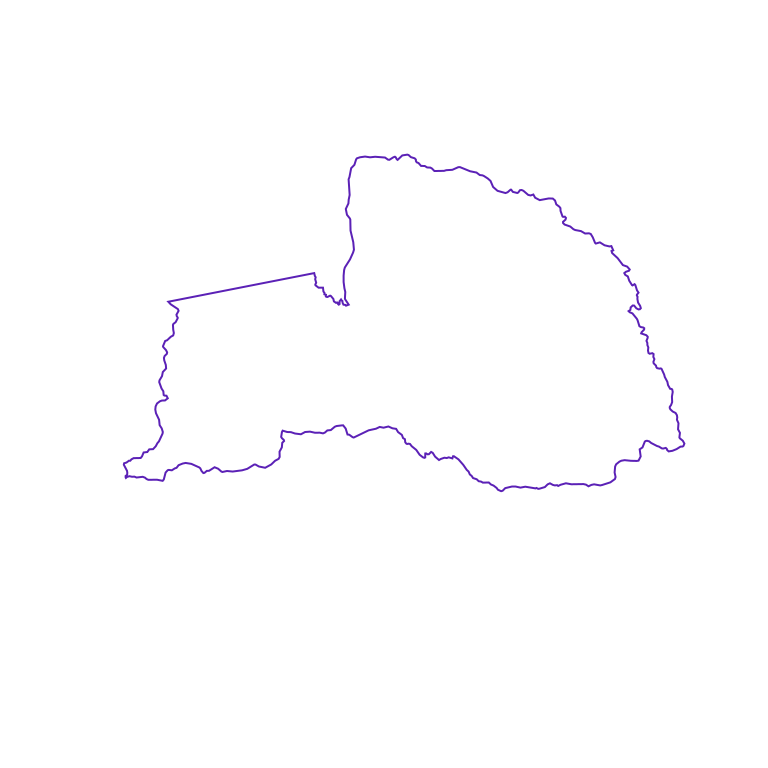 outline of San Luis, Antioquia, Colombia, rotated 149°
{"feature_id": "7082276B26769987150825", "entity_name": "San Luis", "entity_type": "district", "adm_level": 2, "iso_a3": "COL", "parent_name": "Colombia", "parent_adm1": "Antioquia", "projection": "robinson", "projection_center": [-74.956, 6.021], "detail": "fine", "context": "isolated", "style": "outline", "palette": "violet", "viewbox_px": 768, "rotation_deg": 149, "n_neighbors": 0, "source": "geoboundaries", "source_scale": "gbopen_adm2", "svg_char_len": 6166}
<svg xmlns="http://www.w3.org/2000/svg" viewBox="0 0 768 768"><g transform="rotate(149 384 384)"><path d="M143.2,423.0L147.1,427.7L147.6,429.8L147.0,430.8L143.8,431.4L142.5,432.6L142.8,434.3L144.4,435.0L144.7,435.7L143.5,441.5L142.2,443.9L142.4,445.7L143.8,449.2L142.9,453.2L143.8,456.0L147.2,458.2L155.8,461.4L158.5,465.8L158.4,469.5L161.2,470.1L163.0,471.8L165.0,477.8L166.1,479.4L167.6,480.1L170.3,479.0L171.4,479.1L174.6,482.3L174.9,485.1L175.4,485.4L179.3,484.7L181.5,485.1L187.2,491.1L189.0,496.7L188.1,503.2L189.2,506.7L191.2,510.8L192.1,512.1L194.3,513.8L195.8,517.6L200.6,522.0L207.2,530.8L208.7,531.6L215.1,532.4L220.5,535.2L222.8,535.8L231.1,540.6L231.9,544.0L232.8,545.6L235.5,547.4L236.8,549.9L239.9,551.8L240.6,555.6L241.8,557.2L241.8,558.7L241.1,560.0L241.5,561.7L244.1,564.6L245.0,567.6L245.9,568.6L250.6,570.5L256.9,569.1L257.3,570.0L257.2,572.2L257.6,573.2L259.1,573.5L263.9,573.4L265.0,574.2L266.5,577.6L274.5,583.3L279.2,585.5L283.1,588.7L287.8,590.7L290.9,591.4L292.2,590.9L296.5,587.1L301.0,585.9L307.0,579.2L308.9,577.7L316.1,563.7L319.4,560.1L321.5,557.1L326.6,553.7L328.6,548.1L328.0,543.5L328.2,542.3L333.7,532.7L337.3,521.4L340.6,514.6L342.8,512.6L349.0,508.3L357.6,504.0L359.5,502.2L362.8,497.7L366.1,492.2L368.6,486.5L369.8,482.8L373.4,477.5L373.7,476.6L373.4,470.2L376.2,470.7L376.3,471.6L377.9,472.9L377.7,474.8L376.9,476.7L377.3,477.3L377.3,478.6L379.5,477.8L380.9,475.4L381.9,475.3L382.2,476.1L381.9,477.6L382.2,478.1L383.3,478.2L384.4,480.6L383.6,483.0L384.2,486.8L384.7,487.5L387.6,487.7L388.6,488.5L388.7,489.3L387.8,490.4L388.9,491.6L388.1,492.7L388.3,494.4L386.7,498.0L390.5,500.3L391.9,503.9L391.6,504.7L390.0,505.7L389.0,509.3L387.6,510.7L387.6,512.3L386.7,515.0L526.5,565.6L525.8,562.2L522.1,554.4L522.4,552.5L526.2,550.3L526.7,548.8L526.6,547.2L527.0,546.6L530.8,544.3L533.5,544.0L534.5,543.3L536.7,539.1L537.9,535.9L539.7,534.2L542.4,534.3L547.5,533.2L549.4,533.6L554.0,530.2L554.2,529.3L553.4,525.3L553.6,522.8L554.6,521.7L557.6,521.0L559.2,519.7L560.2,517.4L561.2,512.7L562.8,509.5L567.4,508.2L570.2,505.1L574.5,502.8L575.7,501.4L577.0,494.7L576.9,491.4L578.5,488.1L578.2,487.2L576.5,486.0L576.7,483.1L580.2,482.7L582.9,484.2L584.9,484.6L588.6,484.2L591.3,482.4L593.2,479.9L594.5,476.4L595.2,469.2L597.5,464.3L597.4,460.4L598.3,456.8L599.4,455.5L606.5,450.7L608.7,450.0L611.7,448.2L615.5,447.1L618.9,448.9L621.9,447.6L625.3,449.1L628.7,446.6L630.7,445.9L636.8,449.4L639.3,449.5L641.0,448.9L642.1,449.6L645.2,449.3L647.6,449.9L648.6,448.8L649.0,441.9L649.7,440.2L650.9,438.5L652.9,438.2L653.6,436.9L653.6,436.4L652.2,436.7L649.7,436.1L647.8,434.3L645.6,433.1L644.3,431.3L638.6,428.7L637.1,426.8L636.5,424.9L635.4,423.3L627.8,418.8L623.6,415.0L621.9,415.6L616.8,420.6L613.8,421.5L612.7,421.2L610.3,419.3L606.8,419.4L605.0,419.0L601.9,420.2L597.5,419.5L594.7,418.5L590.3,414.8L585.3,407.6L584.9,406.3L585.2,403.5L584.7,400.7L583.6,400.3L580.6,400.8L578.7,399.7L572.1,399.9L569.8,396.8L568.5,392.7L567.8,391.8L563.4,390.3L558.8,386.9L550.1,383.1L544.9,381.7L536.7,381.8L535.6,381.1L533.7,377.7L529.0,373.4L522.1,373.1L516.9,374.3L512.9,374.1L511.0,375.2L508.4,379.8L504.2,382.3L501.5,386.0L499.0,386.6L498.7,387.7L499.4,390.1L499.4,391.6L496.2,395.4L494.9,396.2L491.7,392.7L488.6,390.7L485.8,387.4L481.1,383.7L476.4,383.5L472.0,381.3L468.2,377.7L464.2,375.4L461.7,373.1L459.7,372.8L456.5,373.4L453.3,371.9L448.2,372.7L446.3,372.4L441.6,370.3L440.3,369.6L439.8,365.5L441.3,359.5L439.9,358.4L438.3,354.6L437.5,353.7L421.0,352.2L413.9,349.8L409.8,349.4L406.9,346.8L402.1,345.3L399.6,341.7L396.7,339.3L396.7,335.5L394.9,331.2L395.5,327.8L394.5,325.9L395.8,323.1L395.6,321.5L395.1,320.7L393.7,320.2L392.6,319.2L392.3,316.4L390.3,310.9L389.9,305.0L388.4,301.1L387.4,299.9L386.5,299.8L384.4,303.2L383.7,302.9L382.9,301.3L381.7,300.7L378.6,301.5L377.7,299.9L377.6,295.4L376.0,290.5L374.0,290.5L370.2,289.7L368.3,288.2L366.3,287.8L363.7,285.0L362.1,286.5L361.3,286.1L359.0,281.1L357.7,273.9L357.3,267.7L356.6,265.4L357.0,262.3L356.2,260.0L356.1,257.5L353.6,254.6L352.9,251.9L351.1,250.4L350.0,248.5L344.9,245.6L344.1,242.8L342.4,240.5L341.0,236.9L340.8,234.7L338.8,231.8L337.3,231.4L333.7,232.3L327.1,230.2L324.1,228.4L320.4,224.9L315.8,223.2L307.9,216.5L306.9,216.4L305.8,214.7L304.7,214.2L299.2,212.8L295.4,213.7L292.9,213.4L291.2,210.5L289.8,209.1L287.7,208.1L287.2,206.9L284.6,206.7L279.2,205.2L275.1,201.6L264.6,195.5L262.7,193.7L261.4,191.0L258.2,190.7L255.6,189.8L250.9,185.7L249.1,185.1L240.6,183.1L235.0,183.6L233.4,185.0L231.9,189.4L228.4,194.2L226.4,195.6L222.2,196.2L220.1,196.0L217.0,194.8L211.9,191.0L207.0,187.9L205.3,187.2L201.3,189.7L198.5,196.3L195.1,196.5L190.1,200.3L189.2,200.4L187.8,199.9L186.2,198.2L185.4,195.9L181.9,190.2L180.6,188.8L179.0,185.7L178.0,184.9L175.4,184.1L175.0,182.6L175.3,181.6L174.7,179.6L171.2,178.2L166.7,177.5L162.1,177.6L160.2,176.6L159.2,176.7L157.2,178.2L157.1,181.5L158.4,185.1L158.3,186.1L155.5,189.7L155.3,193.7L151.8,198.7L151.3,202.5L149.8,204.4L149.0,206.4L149.0,209.0L150.7,211.7L151.6,214.8L151.4,216.4L150.7,217.3L148.8,218.1L146.3,220.1L143.7,224.9L140.6,228.5L139.8,230.8L140.0,231.6L141.2,232.5L141.1,236.8L140.0,239.9L139.7,245.4L139.0,247.8L138.3,254.0L138.7,254.8L140.0,255.3L141.7,256.9L141.9,258.1L141.4,259.7L142.2,262.8L141.7,264.2L139.4,266.1L139.2,268.5L137.5,270.8L138.1,272.2L140.7,273.1L141.3,274.3L140.5,276.7L138.6,279.2L138.2,281.7L137.1,283.6L136.8,285.8L134.2,287.8L133.6,288.7L134.0,290.7L137.5,294.9L136.5,295.7L133.0,296.7L132.2,297.8L132.6,298.8L134.5,300.5L135.3,302.0L133.8,308.1L133.7,309.8L134.7,316.6L136.4,318.9L136.8,320.5L134.7,320.6L133.1,322.6L130.4,323.2L129.2,322.4L128.7,318.9L127.4,316.8L126.1,316.3L124.8,316.7L124.2,319.1L124.3,322.9L123.0,326.4L121.7,328.3L121.7,329.6L121.2,330.3L118.8,331.2L118.9,334.0L117.6,339.4L117.8,340.5L120.2,340.5L120.5,341.0L120.6,346.2L119.6,350.6L121.0,353.3L120.9,355.3L118.8,355.6L115.6,354.9L114.4,355.6L115.1,359.4L118.0,362.9L118.9,371.5L121.0,378.7L120.5,380.8L118.7,380.5L118.1,385.1L119.9,385.8L123.5,389.3L126.0,394.2L130.1,395.3L130.4,396.3L129.5,402.2L129.5,406.1L130.7,407.6L134.1,409.4L136.4,413.6L140.8,417.5L141.9,419.1L143.2,423.0Z" fill="none" stroke="#5b21b6" stroke-width="2"/></g></svg>